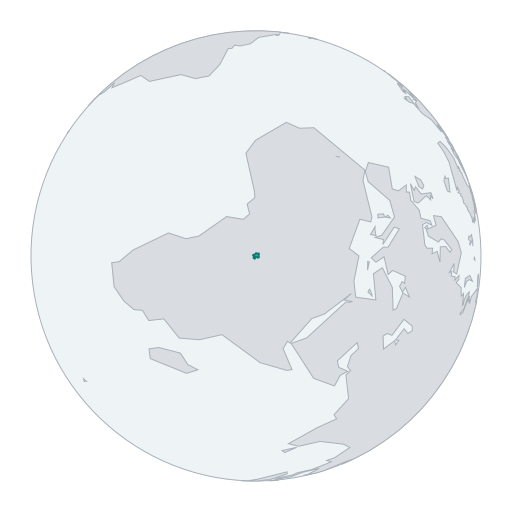 Kémo highlighted on a globe, orthographic projection, rotated 86°
{"feature_id": "CAF-808", "entity_name": "Kémo", "entity_type": "Prefecture", "adm_level": 1, "iso_a3": "CAF", "parent_name": "Central African Republic", "parent_adm1": "", "projection": "orthographic", "projection_center": [19.388, 5.737], "detail": "fine", "context": "on_globe", "style": "filled", "palette": "teal", "viewbox_px": 512, "rotation_deg": 86, "n_neighbors": 0, "source": "natural_earth", "source_scale": "10m", "svg_char_len": 8225}
<svg xmlns="http://www.w3.org/2000/svg" viewBox="0 0 512 512"><g transform="rotate(86 256 256)"><circle cx="256" cy="256" r="225" fill="#eef3f6" stroke="#a8b0b8"/><path d="M179.1,44.3L181.1,43.5L175.4,45.7L169.9,47.9L169.6,47.9L179.1,44.3ZM128.8,70.1L132.4,67.7L140.4,62.7L143.6,60.8L152.2,56.1L151.9,56.7L147.0,60.0L139.9,64.2L137.5,66.1L145.1,62.4L132.6,71.3L125.8,79.8L122.4,82.6L114.4,86.3L112.3,84.8L101.9,92.4L109.6,87.7L101.1,95.8L100.1,97.5L101.1,97.6L104.8,94.7L102.1,97.9L93.4,103.1L95.7,100.2L98.4,98.4L97.4,98.1L91.5,102.9L87.6,107.3L82.9,111.8L96.9,96.5L112.3,82.5L128.8,70.1ZM81.2,113.9L80.0,115.4L79.7,115.8L81.2,113.9ZM36.0,207.4L34.9,212.9L36.0,207.4ZM33.7,219.3L35.8,209.0L34.7,215.9L37.2,217.7L36.4,220.4L38.1,237.9L43.9,247.0L45.3,257.1L44.2,262.8L47.1,265.4L47.2,269.3L62.4,278.7L73.1,290.3L74.8,304.0L69.8,318.2L74.4,350.1L67.8,358.3L72.4,370.9L78.1,388.0L73.2,385.0L81.1,394.9L83.7,399.7L82.3,399.1L87.7,405.5L86.9,404.9L91.4,409.7L94.4,412.9L83.5,400.9L73.5,388.1L64.5,374.7L56.5,360.7L49.5,346.1L43.6,331.0L38.7,315.6L35.0,299.8L32.4,283.8L31.0,267.7L30.8,251.5L31.7,235.4L33.7,219.3ZM151.8,56.3L152.0,56.2L150.3,57.1L151.8,56.3ZM155.4,54.4L155.3,54.5L155.4,54.4ZM162.2,51.2L157.6,53.4L162.2,51.2ZM197.4,38.5L197.1,38.6L196.8,38.6L197.4,38.5ZM189.8,41.2L190.2,40.8L193.7,39.7L189.8,41.2ZM208.1,35.9L211.1,35.2L202.9,37.1L201.3,37.8L198.2,38.6L201.3,37.5L208.1,35.9ZM211.3,35.2L213.3,34.8L211.6,35.2L211.3,35.2ZM217.6,34.0L215.0,34.5L213.6,34.7L217.6,34.0ZM224.2,33.2L215.8,34.6L212.8,35.0L221.4,33.5L224.2,33.2ZM118.7,434.5L117.7,433.4L119.4,434.7L120.6,435.8L118.7,434.5ZM465.2,172.5L465.7,173.7L467.2,177.7L465.3,173.4L467.6,181.5L475.1,204.0L476.6,210.7L478.1,224.1L477.3,219.1L472.3,207.6L474.9,223.9L478.8,236.9L480.3,253.0L478.8,248.3L476.9,234.4L475.1,229.9L473.0,215.6L466.6,195.3L464.9,199.7L462.6,191.5L453.6,175.7L449.8,181.9L445.4,205.1L448.8,226.6L445.5,236.7L431.5,206.9L424.1,186.9L419.8,189.3L404.8,173.6L381.0,174.6L376.9,169.7L372.6,172.5L361.9,168.1L355.5,160.2L349.4,161.1L366.3,182.1L372.8,181.3L377.4,172.5L380.9,180.3L391.1,186.8L382.1,207.0L345.7,227.0L341.2,211.1L308.3,169.7L308.7,165.0L308.5,164.5L308.0,163.6L306.1,171.3L300.1,163.5L318.7,191.9L322.3,204.7L345.2,228.0L343.3,230.7L350.4,235.4L371.9,228.0L372.2,233.5L362.7,259.3L332.1,295.4L335.6,318.5L332.5,338.4L312.3,352.3L312.9,367.4L302.3,373.1L300.9,381.6L291.7,390.9L276.8,399.7L252.7,400.4L252.1,392.8L241.4,378.1L226.9,341.7L233.9,324.7L232.1,311.5L214.6,282.5L218.5,266.2L213.6,259.4L203.6,261.2L197.8,253.1L191.7,253.0L152.8,258.9L140.5,248.4L124.8,216.4L131.6,203.7L132.1,189.3L177.8,141.5L188.3,144.0L225.3,137.6L230.0,139.2L226.6,149.8L255.0,162.5L263.1,153.3L288.0,160.1L304.0,159.4L308.2,139.5L281.9,140.1L276.5,130.8L296.8,122.2L319.6,123.0L318.2,119.5L303.1,112.0L307.6,105.8L297.8,109.0L302.3,112.4L296.3,114.9L291.8,112.0L293.6,109.7L286.5,108.4L279.9,120.8L283.8,125.5L265.7,128.3L270.5,136.8L265.8,141.1L256.1,128.4L256.4,123.6L238.9,111.1L236.8,116.1L253.3,128.6L248.5,127.7L245.8,135.8L244.0,129.0L226.7,115.1L209.8,118.7L189.7,138.9L179.6,141.0L170.6,137.4L176.7,117.5L198.5,115.4L201.0,109.4L195.6,101.2L202.6,101.6L203.1,98.4L211.3,97.7L221.7,89.9L229.8,88.9L233.0,79.8L237.6,78.4L234.4,83.9L236.5,87.7L256.6,86.8L260.2,84.8L260.6,79.3L266.1,80.2L264.0,75.0L275.0,72.9L259.7,71.5L259.8,66.1L265.9,62.1L263.2,60.3L253.2,67.0L251.7,70.1L254.8,73.0L248.3,82.5L241.6,84.3L238.0,74.2L228.1,76.1L229.7,68.4L255.7,53.4L267.1,51.0L287.9,57.0L285.8,59.9L277.3,58.9L286.1,64.3L284.9,61.6L289.5,62.7L290.7,58.8L294.0,59.4L289.6,54.9L293.7,55.3L296.5,58.1L301.8,53.6L310.2,54.1L309.8,52.9L307.1,51.4L319.6,53.5L318.7,52.6L314.3,51.4L309.8,49.0L306.7,45.8L311.2,46.7L312.9,47.9L323.3,52.4L327.2,56.3L328.7,56.4L326.4,53.3L313.8,47.7L310.7,45.6L317.0,47.8L314.5,46.8L314.3,46.1L318.4,46.4L311.5,44.0L303.8,37.4L310.9,38.2L317.4,40.3L316.8,39.1L319.0,39.7L335.2,45.1L350.9,51.7L366.1,59.4L380.6,68.3L394.4,78.3L407.4,89.2L419.6,101.1L430.8,113.9L441.1,127.5L450.2,141.9L458.3,156.9L465.2,172.5ZM163.2,165.3L162.2,169.5L163.2,165.3ZM344.8,134.8L357.7,135.3L350.1,123.5L354.4,123.0L350.2,119.4L349.5,122.7L338.9,113.3L343.9,110.0L341.4,105.3L336.9,105.0L329.5,112.8L344.6,125.9L342.4,130.8L344.8,134.8ZM37.4,217.6L37.4,220.4L36.7,220.1L37.4,217.6ZM42.8,186.1L42.8,187.8L42.1,188.2L42.8,186.1ZM44.2,179.4L42.7,185.3L41.3,187.9L41.7,186.5L42.7,183.6L43.2,182.1L44.2,179.4ZM101.6,95.4L102.2,95.1L102.5,95.9L100.8,97.0L101.6,95.4ZM113.2,92.4L108.6,97.6L110.7,94.3L107.4,96.4L107.8,92.6L120.8,83.8L114.8,88.2L113.2,92.4ZM112.0,86.0L110.3,88.8L111.6,86.2L112.0,86.0ZM197.6,83.6L200.7,85.2L198.0,88.8L187.7,91.9L191.5,86.5L197.6,83.6ZM205.7,86.9L205.0,77.1L211.3,75.4L207.9,77.9L212.2,77.8L207.7,81.9L214.5,90.6L212.6,94.5L194.6,96.9L201.6,93.7L198.1,92.0L205.7,86.9ZM191.9,61.2L191.7,58.6L205.8,58.0L204.4,60.6L194.0,63.3L189.6,61.9L191.9,61.2ZM169.9,48.3L168.9,48.5L170.7,47.8L173.0,47.0L169.9,48.3ZM192.8,39.8L195.2,39.1L195.4,39.1L190.7,40.4L194.3,39.5L187.7,41.5L189.7,41.1L176.1,47.0L174.3,47.4L168.5,51.2L161.4,54.0L165.4,51.2L155.6,56.6L156.4,55.3L150.3,59.0L159.9,52.7L160.2,52.2L162.6,51.6L169.1,48.9L172.0,47.7L180.4,44.0L183.5,42.7L192.8,39.8ZM237.6,35.8L232.1,35.8L238.1,37.3L231.6,38.1L232.7,38.2L228.3,39.6L224.9,41.6L221.8,41.9L221.8,42.6L218.9,43.7L217.8,45.0L211.9,46.0L210.2,47.7L208.3,47.3L206.9,50.1L205.3,48.6L201.4,50.4L205.0,50.9L175.6,56.9L164.5,61.7L156.1,66.8L154.5,64.4L161.4,58.4L172.3,51.9L183.2,48.1L180.5,48.0L184.9,46.4L185.2,47.1L187.4,45.0L191.2,44.0L200.9,40.1L201.8,38.6L205.4,37.5L206.9,37.6L209.4,36.5L214.7,36.0L217.4,35.3L225.3,34.6L226.7,35.7L229.6,34.9L235.7,34.7L237.6,35.8ZM226.3,33.0L229.5,33.3L227.4,34.1L214.5,35.3L211.3,36.0L203.0,37.4L206.1,36.4L208.2,36.0L211.0,35.4L208.9,35.9L212.7,35.1L215.7,34.7L219.4,34.0L226.3,33.0ZM235.0,135.2L238.5,135.5L244.1,134.9L242.5,140.3L235.0,135.2ZM222.9,125.8L226.1,125.0L226.5,131.6L222.8,131.6L222.9,125.8ZM227.4,119.3L226.2,124.5L224.6,121.6L227.4,119.3ZM237.3,83.2L240.7,82.4L241.2,83.7L239.5,85.7L237.3,83.2ZM254.0,42.9L251.2,42.2L252.1,41.7L249.7,39.5L254.4,39.1L257.6,40.3L254.0,42.9ZM303.9,142.9L299.6,146.8L297.0,145.1L299.1,144.0L303.9,142.9ZM269.8,143.4L277.8,145.7L269.2,144.9L269.8,143.4ZM258.7,42.1L257.1,41.1L260.4,41.6L258.7,42.1ZM257.7,38.8L261.4,39.1L254.7,38.8L257.7,38.8ZM369.3,433.9L369.0,436.2L366.4,436.6L369.3,433.9ZM368.2,333.5L351.0,368.6L341.2,369.2L340.5,359.3L347.6,338.2L359.4,331.7L365.5,321.9L368.2,333.5ZM479.2,286.7L479.1,284.3L479.7,280.3L479.9,280.6L479.2,286.7ZM479.7,280.3L478.8,270.1L473.5,240.1L475.5,240.1L480.2,257.8L480.0,261.1L480.6,269.3L479.7,280.3ZM481.3,258.3L481.3,254.5L481.2,248.9L481.3,258.3ZM449.7,228.6L454.1,241.1L451.9,243.6L449.7,228.6ZM469.4,183.9L469.6,185.1L468.5,181.9L467.5,178.5L469.4,183.9ZM296.3,41.8L294.4,44.9L296.1,47.9L301.9,50.3L292.9,48.7L290.3,44.1L296.3,41.8ZM302.4,37.6L297.3,36.2L300.0,36.5L301.5,36.8L302.4,37.6ZM299.0,37.0L291.9,36.2L289.3,35.3L295.5,36.0L299.0,37.0ZM275.4,37.9L274.5,38.7L271.8,38.2L275.4,37.9Z" fill="#d9dde1" stroke="#a8b0b8" stroke-width="1"/><path d="M257.8,258.7L257.7,258.5L257.5,258.4L257.4,258.4L256.9,258.4L256.7,258.3L256.4,258.4L256.2,258.4L255.9,258.6L255.6,258.8L255.4,258.9L255.3,259.0L255.2,259.1L254.9,259.1L254.9,258.9L254.5,258.3L254.4,258.2L254.5,258.0L254.6,257.7L254.5,257.4L254.4,257.3L254.4,257.2L254.1,257.0L254.0,256.9L254.0,256.5L254.0,256.4L253.9,256.4L253.5,256.3L253.4,256.3L253.1,256.0L253.0,255.8L253.0,255.6L253.0,255.4L253.0,255.2L253.2,254.9L253.3,254.8L253.5,254.7L253.8,254.4L254.0,254.3L254.1,254.2L253.9,253.9L254.0,253.6L253.9,253.6L253.5,253.2L253.5,252.9L254.4,252.8L254.5,252.8L254.7,253.0L254.8,253.1L255.1,253.2L255.4,253.2L255.7,253.2L256.3,253.0L256.6,253.0L257.4,253.1L257.4,253.3L257.5,253.3L257.7,253.5L257.8,253.5L257.9,253.8L257.8,254.0L257.7,254.3L257.8,254.5L257.7,254.5L257.6,254.8L257.4,254.8L257.2,254.9L257.2,255.0L256.9,255.2L256.8,255.3L256.9,255.7L256.9,255.8L257.0,255.9L257.1,256.0L257.0,256.3L256.7,256.6L256.4,256.7L256.3,256.8L256.4,257.0L256.5,257.0L258.2,257.0L258.4,257.0L258.5,257.1L258.4,257.1L258.4,257.3L258.3,257.5L258.2,257.5L258.2,257.9L258.2,258.0L258.1,258.4L258.1,258.5L257.9,258.6L257.8,258.7Z" fill="#14b8a6" stroke="#0f766e" stroke-width="1.5"/></g></svg>